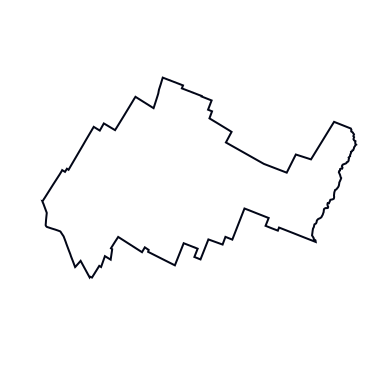 the district of Jiménez, Santiago del Estero, Argentina, rotated 21°
{"feature_id": "61730980B84013532899060", "entity_name": "Jiménez", "entity_type": "district", "adm_level": 2, "iso_a3": "ARG", "parent_name": "Argentina", "parent_adm1": "Santiago del Estero", "projection": "orthographic", "projection_center": [-64.123, -26.917], "detail": "fine", "context": "isolated", "style": "outline", "palette": "ink", "viewbox_px": 384, "rotation_deg": 21, "n_neighbors": 0, "source": "geoboundaries", "source_scale": "gbopen_adm2", "svg_char_len": 3224}
<svg xmlns="http://www.w3.org/2000/svg" viewBox="0 0 384 384"><g transform="rotate(21 192 192)"><path d="M317.5,75.8L317.4,75.8L299.5,75.6L298.3,81.9L291.4,118.9L275.5,119.8L273.5,140.0L262.1,140.0L249.0,140.0L205.9,133.6L207.4,121.7L205.0,121.2L190.3,118.5L186.3,117.8L181.9,117.0L181.8,109.5L177.5,109.4L177.5,99.5L166.7,99.4L166.7,98.9L145.4,98.9L145.4,95.7L123.9,95.7L123.7,95.7L123.9,98.7L124.2,102.7L124.4,106.4L124.5,108.3L125.2,112.1L125.4,114.8L126.1,127.4L126.1,127.5L124.4,127.2L105.1,123.4L105.0,124.0L104.6,125.9L104.0,129.4L102.9,135.5L100.9,146.5L98.7,158.3L98.0,161.8L95.0,161.3L88.8,160.2L85.8,159.7L85.1,159.6L84.3,165.1L83.9,167.7L78.5,166.7L76.9,166.4L74.3,181.8L74.0,183.7L73.5,186.9L70.3,206.3L68.8,215.5L66.9,215.1L66.2,218.7L63.0,218.1L63.0,218.3L62.2,222.8L60.1,232.8L59.7,234.7L57.8,244.2L56.5,250.7L56.3,251.4L56.3,251.6L56.1,252.6L55.9,253.5L55.8,254.3L55.7,254.3L55.9,254.5L56.1,254.7L56.1,254.8L56.4,255.2L56.9,255.7L57.1,255.8L63.7,263.3L63.9,263.6L64.0,263.9L65.7,270.2L66.8,273.8L67.1,274.9L67.3,275.4L67.4,275.6L67.6,275.8L68.0,276.1L68.5,276.4L69.1,276.6L73.3,276.4L75.1,276.3L77.9,276.1L81.2,276.0L81.3,276.0L82.5,276.0L83.1,276.0L83.3,276.1L83.6,276.2L83.9,276.5L88.0,279.4L88.2,279.6L90.8,282.5L92.3,284.2L93.2,285.3L98.5,291.3L98.8,291.6L100.6,293.6L101.6,294.8L101.8,295.1L105.9,299.6L109.7,303.9L109.8,304.0L109.9,303.8L112.7,296.2L127.0,308.4L127.1,307.6L129.3,307.7L131.9,294.2L134.0,294.6L133.7,283.1L140.3,284.3L138.0,274.0L136.5,273.6L137.9,266.5L139.2,260.4L166.9,266.1L167.8,260.6L172.3,261.6L172.5,263.6L189.3,265.3L202.3,266.6L202.6,243.0L202.6,242.8L217.6,242.9L217.5,251.8L224.1,251.9L224.3,230.5L224.3,230.4L239.4,230.1L239.3,221.9L246.7,222.0L246.9,188.6L252.1,188.6L260.3,188.7L272.9,188.8L272.8,197.2L279.4,197.3L286.0,197.3L286.0,194.0L301.4,194.1L310.1,194.2L325.4,194.3L324.6,192.9L322.6,192.3L321.9,191.2L319.6,189.5L319.2,187.7L318.6,185.3L318.1,182.9L318.3,181.1L317.9,178.4L319.1,176.8L319.1,175.5L318.8,173.8L319.5,172.0L320.9,170.6L321.8,169.3L322.0,167.6L322.2,166.3L322.1,165.0L322.1,163.6L322.0,163.3L321.4,160.9L321.5,160.3L321.9,159.7L322.7,159.0L323.7,158.7L324.5,158.2L324.5,157.7L324.5,157.1L323.6,156.3L322.8,154.9L322.7,153.7L323.9,153.4L323.9,151.8L324.0,152.1L324.0,149.7L324.8,149.2L326.0,148.4L326.8,147.4L326.5,145.7L325.8,144.4L325.6,143.6L325.3,142.5L325.0,141.3L324.9,138.8L325.8,137.9L326.4,136.0L326.7,135.1L326.8,133.5L326.8,133.4L326.4,131.3L326.1,130.3L326.2,129.3L326.3,127.4L326.3,126.6L326.3,126.3L326.3,125.5L325.4,124.8L324.1,123.0L322.0,120.9L321.9,119.6L322.5,118.9L322.0,117.6L322.5,116.9L323.8,116.4L323.8,115.4L322.7,114.2L322.7,113.7L322.9,112.5L323.9,111.5L325.2,110.4L325.8,109.7L325.8,108.8L326.6,108.0L326.9,107.2L326.9,106.1L326.6,105.5L326.6,104.5L325.9,103.7L326.3,102.8L326.8,102.0L326.4,101.1L326.4,100.9L326.4,99.4L326.4,98.3L326.0,97.5L326.8,96.6L326.8,95.7L327.5,95.2L327.5,94.1L327.5,93.0L327.3,92.2L327.7,90.8L327.7,89.9L327.9,89.5L328.3,89.0L327.2,88.4L326.4,86.7L326.4,86.0L324.9,85.7L323.8,84.8L323.7,83.7L323.7,82.7L322.6,82.0L322.6,80.7L322.6,80.1L321.4,79.4L320.9,78.9L320.0,78.6L319.0,78.4L318.8,78.0L318.7,77.8L318.6,76.9L317.6,75.9L317.5,75.8Z" fill="none" stroke="#020617" stroke-width="2"/></g></svg>